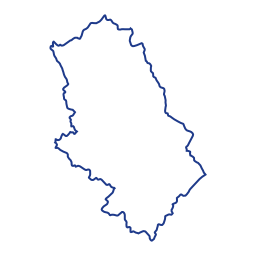 outline of Thong Nong, Cao Bằng, Vietnam
{"feature_id": "81297802B64889817574793", "entity_name": "Thong Nong", "entity_type": "district", "adm_level": 2, "iso_a3": "VNM", "parent_name": "Vietnam", "parent_adm1": "Cao Bằng", "projection": "robinson", "projection_center": [105.937, 22.818], "detail": "fine", "context": "isolated", "style": "outline", "palette": "blue", "viewbox_px": 256, "rotation_deg": 0, "n_neighbors": 0, "source": "geoboundaries", "source_scale": "gbopen_adm2", "svg_char_len": 5703}
<svg xmlns="http://www.w3.org/2000/svg" viewBox="0 0 256 256"><path d="M55.1,142.5L55.9,142.9L56.9,144.4L56.9,145.1L56.4,146.1L55.7,147.3L55.6,147.8L55.9,148.0L57.5,147.8L58.7,148.5L60.2,149.9L63.3,151.6L66.7,153.0L67.4,153.7L67.8,154.5L67.8,156.5L68.1,157.2L69.1,158.7L70.6,160.2L71.5,162.1L71.7,164.7L72.0,165.5L72.5,165.8L73.1,165.9L74.0,165.7L74.4,165.4L75.1,165.5L75.7,166.6L76.3,166.5L77.7,165.9L78.7,165.9L80.1,166.4L84.7,169.5L85.9,170.0L86.4,170.0L88.1,169.5L88.6,169.5L89.4,169.8L90.1,170.8L90.2,174.4L89.9,175.6L88.9,177.4L89.0,177.8L91.0,179.6L92.0,180.0L93.3,179.9L96.1,177.9L96.5,178.0L97.2,178.9L97.7,179.4L98.1,179.6L98.6,179.6L99.6,179.2L100.5,179.1L101.1,179.4L101.7,179.8L106.3,184.7L107.0,184.9L107.9,184.8L108.6,184.3L109.3,184.2L109.6,184.4L111.0,186.6L111.6,187.1L113.7,187.9L114.3,187.9L114.5,188.1L114.6,188.3L114.1,188.6L113.8,189.3L113.1,191.6L112.7,192.5L112.3,193.0L111.2,194.0L108.5,196.6L106.4,198.2L105.8,198.9L105.7,199.4L107.6,201.1L107.9,201.8L107.8,202.5L107.2,203.9L106.7,204.4L103.7,206.4L102.5,207.8L102.0,208.5L101.7,209.4L101.9,210.1L102.4,210.7L104.3,211.9L107.6,212.7L108.7,213.4L109.9,215.1L110.3,215.2L111.1,214.9L112.2,214.7L113.9,214.8L116.7,215.5L117.5,215.5L118.1,215.3L120.2,213.5L122.0,212.0L122.9,212.0L123.9,212.7L124.5,213.8L124.8,215.0L124.8,219.1L125.0,219.8L126.3,221.4L126.6,222.4L126.4,224.5L126.6,226.7L127.2,227.3L127.7,227.4L129.1,227.0L129.7,227.1L130.1,227.4L130.5,227.9L130.5,231.5L130.6,231.9L131.0,232.1L132.0,231.9L133.0,231.4L133.6,231.4L135.8,232.6L137.8,233.1L138.4,233.4L140.1,232.5L142.8,231.3L143.7,231.1L145.4,231.5L149.4,235.9L149.6,236.4L149.7,237.2L149.7,238.1L150.1,239.1L150.8,240.1L151.5,240.6L152.1,240.5L154.0,238.9L154.6,237.2L155.9,234.7L155.7,233.9L154.9,232.9L154.8,232.3L156.7,229.9L157.3,227.5L157.7,226.3L157.9,224.9L158.1,224.7L158.5,224.3L159.1,224.3L160.4,224.8L161.3,225.0L162.3,224.9L163.6,223.4L164.4,221.1L165.0,219.1L165.2,217.2L165.2,216.4L165.5,216.0L168.4,214.6L169.2,214.4L171.3,214.7L171.8,214.4L172.7,213.3L172.3,212.4L171.9,211.9L171.6,211.2L171.6,209.8L172.4,208.5L173.1,206.7L173.2,205.7L173.1,205.2L172.6,204.4L172.7,204.2L173.6,203.7L175.6,202.9L176.2,202.5L176.7,201.8L177.0,201.0L176.9,198.0L177.2,197.7L178.9,196.4L180.1,195.0L180.5,194.6L181.1,194.5L181.6,194.6L182.6,195.4L183.5,195.8L185.5,195.6L186.9,194.2L188.7,191.8L189.5,190.1L190.2,189.1L192.5,186.6L197.0,181.8L199.6,179.0L202.2,176.8L205.5,174.6L205.0,173.9L203.9,172.7L203.0,170.5L201.9,168.6L200.4,165.4L198.1,162.9L196.7,162.3L194.9,161.1L194.2,160.4L194.0,157.9L193.5,157.3L192.8,156.7L191.0,155.6L190.4,155.5L190.3,155.3L190.3,154.8L190.0,153.8L190.2,152.0L190.1,151.7L189.6,151.4L188.0,150.9L187.2,150.8L186.7,150.8L186.7,150.7L186.7,149.4L186.5,148.6L186.1,147.8L186.1,147.4L186.4,146.7L187.2,146.2L188.1,145.0L188.8,143.5L192.8,135.9L193.0,135.0L193.1,134.5L192.7,133.4L191.4,132.1L190.2,131.5L187.1,130.5L186.0,129.6L185.2,128.5L183.9,125.5L183.6,124.4L183.1,123.8L180.7,122.9L177.7,121.3L174.2,119.3L171.4,117.3L170.4,116.5L168.3,115.7L168.1,115.3L167.7,113.5L167.2,113.3L166.0,113.1L165.6,112.7L165.2,111.9L165.1,110.6L165.6,106.9L165.9,105.9L165.9,105.2L165.5,102.5L165.6,100.2L164.8,96.2L164.0,94.5L164.0,94.0L164.1,93.3L164.5,91.7L164.6,90.7L164.2,88.9L163.5,88.2L160.7,87.3L160.0,86.7L159.5,85.9L159.1,84.2L158.1,82.5L156.6,80.4L155.8,78.5L155.5,77.8L153.9,77.0L153.3,76.4L153.2,75.7L153.2,74.9L153.0,73.2L151.8,72.2L151.0,71.3L150.8,70.3L150.9,67.3L151.2,66.0L150.8,65.1L150.3,64.3L149.4,63.4L147.9,63.1L147.4,62.8L146.7,61.4L145.8,60.8L144.9,55.8L143.7,52.6L144.7,50.0L144.7,49.0L143.1,46.2L142.8,45.2L142.6,43.9L142.1,43.4L141.6,43.2L140.7,43.6L136.9,45.2L134.3,46.0L132.9,46.2L132.2,45.9L131.7,45.6L131.1,44.9L129.8,41.0L129.8,40.2L130.3,37.4L130.8,36.2L132.6,33.8L132.7,33.1L132.6,32.3L132.2,30.7L131.9,29.5L130.6,28.5L130.5,28.8L129.2,29.3L121.8,29.2L120.6,29.5L118.9,29.5L118.3,29.3L117.9,29.0L117.7,27.9L117.7,26.2L117.5,25.4L116.7,24.7L115.2,23.9L113.6,23.3L112.7,22.6L111.8,21.1L110.9,20.0L110.4,19.7L109.8,19.7L108.8,20.0L107.6,20.0L107.2,19.9L106.5,19.3L106.2,18.9L105.4,15.8L105.1,15.4L104.8,15.4L104.3,15.7L101.3,19.8L99.6,21.5L96.3,23.2L93.7,23.1L92.1,22.9L91.0,23.1L90.5,23.4L88.4,26.6L87.5,27.8L86.0,28.9L84.2,29.7L83.4,30.4L82.8,31.4L81.6,35.7L80.5,37.7L80.2,38.5L79.6,38.8L78.0,38.3L77.4,37.8L75.9,37.7L74.8,37.8L73.9,38.3L72.7,39.1L71.6,40.1L70.9,40.4L70.4,40.4L63.8,45.1L62.8,45.5L61.8,45.6L61.2,45.5L60.5,44.8L60.0,44.8L59.0,45.6L58.6,45.7L57.7,45.4L56.4,44.4L53.8,41.7L53.5,41.7L53.0,42.4L52.9,43.5L53.1,46.0L53.1,46.4L52.8,46.6L52.6,46.6L51.7,45.9L51.3,46.0L50.8,46.3L50.5,47.3L50.5,48.2L50.7,48.8L51.5,49.6L52.8,50.6L53.3,51.2L53.7,53.0L54.0,54.7L54.5,56.0L55.8,57.9L56.2,58.6L56.6,59.9L57.1,61.0L58.9,62.5L59.9,63.7L60.6,65.4L62.2,68.4L62.6,69.9L63.4,72.3L64.0,74.6L65.0,76.9L66.3,78.7L66.8,79.7L67.4,82.5L68.2,83.8L68.2,84.2L67.8,84.7L67.3,85.3L64.0,87.7L63.1,89.1L63.3,89.8L63.9,90.5L65.0,91.4L65.3,92.0L65.1,92.5L63.9,93.2L63.7,93.5L63.5,94.6L63.8,96.5L64.0,97.2L64.0,98.3L64.3,99.2L64.9,99.7L65.9,100.4L66.2,101.3L66.4,103.7L66.9,106.1L67.2,107.4L67.6,108.2L68.9,108.9L71.0,109.5L72.7,109.8L75.0,112.2L73.1,115.1L72.5,115.7L71.0,116.1L70.4,116.5L69.7,117.2L69.6,117.6L69.6,117.9L70.8,119.5L70.9,119.9L70.5,121.0L70.5,121.7L71.1,122.9L71.4,124.0L71.2,125.7L71.3,126.2L71.4,126.4L73.2,126.2L73.8,126.8L74.6,129.1L75.3,130.4L76.9,131.5L74.7,133.9L74.3,133.9L74.1,133.8L73.1,132.4L72.4,132.3L71.4,132.4L70.3,132.0L70.1,132.1L69.5,133.2L67.9,135.0L66.9,135.9L66.2,136.0L65.6,135.9L64.0,134.6L62.9,133.9L62.4,134.3L61.4,136.3L60.7,138.5L59.9,139.4L59.1,139.9L58.2,140.1L57.2,140.0L56.3,139.4L55.7,139.3L55.5,140.4L55.5,141.7L55.1,142.5Z" fill="none" stroke="#1e3a8a" stroke-width="2"/></svg>